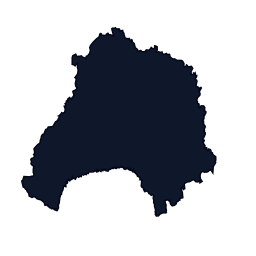 Ihosy, Ihorombe, Madagascar, rotated 12°
{"feature_id": "10022922B7074189327891", "entity_name": "Ihosy", "entity_type": "district", "adm_level": 2, "iso_a3": "MDG", "parent_name": "Madagascar", "parent_adm1": "Ihorombe", "projection": "natural_earth1", "projection_center": [45.83, -22.367], "detail": "fine", "context": "isolated", "style": "filled", "palette": "ink", "viewbox_px": 256, "rotation_deg": 12, "n_neighbors": 0, "source": "geoboundaries", "source_scale": "gbopen_adm2", "svg_char_len": 5792}
<svg xmlns="http://www.w3.org/2000/svg" viewBox="0 0 256 256"><g transform="rotate(12 128 128)"><path d="M161.9,51.7L159.2,50.7L157.6,51.2L156.2,50.7L154.0,49.3L153.6,47.7L153.1,47.3L151.5,48.0L150.0,47.1L148.3,48.3L146.7,48.6L145.5,46.6L144.0,47.3L142.0,47.1L141.3,47.8L140.0,47.9L140.4,45.5L139.6,42.4L137.7,42.0L137.0,42.1L137.4,44.3L136.5,45.3L135.9,45.4L134.0,44.4L132.6,47.5L129.7,47.8L128.6,49.9L125.8,50.5L124.4,49.5L121.5,51.0L121.0,49.2L118.4,48.0L116.5,44.1L114.4,43.0L113.7,41.1L113.1,40.9L112.4,42.3L110.6,40.2L108.7,40.8L106.5,40.5L105.8,40.0L105.7,39.0L104.8,37.9L104.4,36.4L103.1,35.1L102.5,33.7L99.8,34.8L99.3,34.6L99.3,33.3L98.7,32.9L96.2,33.5L94.8,32.6L94.1,33.2L92.0,33.6L91.5,34.4L94.8,41.0L91.3,40.4L90.3,40.9L88.7,39.5L87.5,40.5L87.5,41.3L86.1,42.4L84.9,42.3L83.2,43.0L82.5,41.6L81.8,41.2L80.8,42.1L81.0,43.6L80.6,45.2L78.8,47.2L76.0,51.5L74.2,55.2L73.9,57.4L75.1,59.8L74.9,63.6L74.3,64.0L73.7,65.7L72.3,66.5L72.2,67.3L72.7,68.3L71.9,68.8L70.1,68.2L68.6,68.3L67.9,67.4L67.1,67.2L65.9,68.0L64.8,68.0L63.9,68.7L63.0,68.6L61.5,66.7L59.0,68.7L58.8,70.7L60.2,77.4L62.4,77.5L63.3,78.2L64.1,76.5L65.3,75.2L65.9,79.2L67.1,81.4L67.5,81.5L67.2,81.9L67.5,84.9L67.1,86.6L65.6,89.7L67.2,90.6L67.2,95.2L68.1,97.9L68.9,98.3L69.3,99.2L69.8,99.1L69.7,100.7L67.6,102.7L66.8,103.0L66.5,103.9L68.1,106.7L68.0,108.5L67.0,109.8L66.8,111.3L65.4,111.2L64.6,110.3L63.2,111.9L63.1,112.9L63.8,113.4L63.7,114.3L62.2,114.3L62.2,116.4L61.6,117.2L62.3,117.3L61.9,118.9L62.2,120.0L61.2,120.1L63.1,123.2L62.7,123.6L62.8,125.8L61.0,127.1L59.9,126.8L59.7,127.9L58.7,129.2L58.8,129.8L57.7,130.6L58.3,130.7L58.4,132.4L57.9,133.3L58.4,134.4L57.5,134.8L56.9,136.3L55.9,136.9L54.1,142.3L49.8,143.6L49.2,145.8L47.8,146.6L47.0,151.4L45.7,152.1L45.0,154.2L45.2,155.3L44.8,158.8L45.1,160.0L44.7,161.5L43.2,162.9L40.5,167.5L40.5,168.5L41.1,169.3L41.9,172.1L41.2,173.7L42.2,174.3L42.4,175.4L41.7,176.9L39.9,177.9L39.5,179.0L40.7,181.2L40.5,183.1L42.1,184.4L43.8,185.0L43.9,187.8L44.6,191.3L45.6,192.5L45.6,193.8L44.9,195.1L43.2,195.4L42.2,196.2L36.3,197.1L35.9,201.2L35.1,201.9L37.8,207.6L39.0,207.5L40.6,209.2L41.6,209.4L42.7,211.2L44.4,212.3L45.5,215.1L48.6,215.9L50.1,214.7L51.4,214.7L53.9,216.2L57.8,216.4L61.5,218.3L62.9,220.9L65.6,219.8L65.6,220.9L68.2,222.3L69.1,222.2L69.7,222.8L70.5,222.8L71.5,222.1L73.0,223.2L74.2,223.4L73.4,222.4L74.8,222.2L75.2,222.4L75.4,223.4L75.9,223.4L76.6,220.6L75.9,218.1L76.3,214.8L75.8,213.8L76.1,213.0L75.8,211.5L75.9,207.6L76.7,206.7L76.5,204.0L77.1,202.7L77.2,199.9L76.9,199.0L77.6,198.0L79.0,198.4L79.5,198.2L78.6,195.9L79.8,194.8L79.2,194.5L79.1,193.7L79.7,194.2L80.1,193.9L79.7,192.4L80.4,190.6L81.5,191.9L82.1,191.7L82.3,190.7L83.9,189.9L83.8,187.5L84.4,188.4L87.2,189.0L87.6,187.1L88.1,186.3L88.8,185.9L90.1,186.4L91.0,185.2L92.4,185.2L92.3,183.9L93.0,182.9L94.3,183.3L95.4,182.1L96.8,182.3L97.0,180.9L98.6,180.8L99.3,178.4L100.7,178.8L103.3,178.1L105.3,176.4L106.3,177.4L106.6,177.0L106.2,176.2L106.4,175.4L107.6,177.0L107.9,176.7L107.7,175.7L107.9,175.3L110.6,176.2L110.9,174.8L112.3,175.0L112.2,173.7L113.7,174.1L114.4,172.8L115.2,173.4L115.3,174.4L117.5,174.3L118.2,172.5L119.5,171.9L120.5,170.7L121.3,170.7L121.5,170.1L122.1,170.5L122.6,169.3L123.9,170.1L125.0,169.9L124.8,168.7L125.7,169.0L127.9,168.7L128.6,167.5L129.6,167.9L130.4,167.1L131.0,167.7L132.1,167.7L132.4,168.8L133.4,169.0L134.0,167.8L134.6,168.6L135.2,167.3L135.8,167.1L136.7,168.3L137.8,168.4L138.5,167.0L139.2,167.8L138.6,168.8L141.0,169.1L141.8,167.8L141.9,169.8L142.8,169.6L143.6,170.2L144.5,169.6L145.0,170.9L146.2,171.6L147.3,173.2L149.9,173.8L150.2,175.2L150.9,175.5L150.6,176.1L152.3,176.0L153.0,182.0L153.8,182.9L155.6,183.6L156.1,184.8L156.6,184.8L156.7,185.9L157.8,186.8L158.7,185.7L160.9,186.2L162.1,187.8L163.0,187.8L164.8,189.0L165.9,188.1L167.0,188.4L167.2,191.3L168.3,193.5L168.6,195.7L169.8,197.0L170.1,198.7L172.2,202.9L172.4,203.8L172.1,203.4L171.9,203.9L172.8,206.0L172.6,206.7L174.0,208.2L176.1,207.6L177.1,205.7L178.7,204.4L179.9,203.7L182.7,203.1L183.0,202.5L182.7,202.3L182.7,200.7L181.5,197.8L181.3,195.4L180.4,194.2L179.1,191.4L181.6,190.0L183.3,190.8L184.0,190.1L185.2,193.2L186.7,194.6L187.5,194.9L189.8,193.8L190.1,192.7L190.9,192.2L191.0,189.7L192.2,189.4L192.8,188.0L193.7,187.7L193.3,186.1L196.1,184.8L194.5,179.6L192.4,176.4L193.2,174.7L194.9,176.6L196.1,175.5L194.7,171.4L195.0,170.3L197.1,168.5L199.4,167.7L202.2,165.2L203.7,165.1L205.3,166.4L207.6,166.2L208.7,165.5L208.8,164.7L209.5,165.2L209.8,166.6L211.6,164.9L209.3,162.5L208.5,160.1L208.3,158.4L208.8,156.0L210.2,154.9L212.1,155.4L212.5,155.0L214.1,154.8L215.6,153.8L216.2,152.5L217.8,151.8L220.3,154.2L219.4,148.2L220.8,144.1L220.9,143.3L220.4,142.8L220.5,140.9L219.8,137.9L216.4,136.3L215.7,134.8L214.0,134.1L213.8,132.8L213.0,132.0L211.3,131.8L211.2,132.6L210.2,133.5L209.5,133.1L209.5,132.0L209.0,130.9L208.2,131.2L208.4,131.6L207.4,131.2L207.0,131.4L207.0,129.2L205.5,128.0L204.6,126.5L205.2,124.6L204.8,123.9L203.8,123.9L203.1,123.0L204.1,121.8L204.8,117.8L204.6,116.7L202.9,115.4L203.4,114.8L202.8,113.2L203.3,111.3L203.1,110.2L201.2,108.6L200.4,105.5L199.5,105.1L200.3,103.3L199.9,100.4L200.2,99.8L199.5,99.9L199.0,99.1L200.1,99.0L201.0,97.3L200.9,96.0L200.5,95.6L199.0,95.5L199.2,94.1L198.7,93.2L199.0,92.3L197.5,90.7L194.9,91.1L194.2,93.1L193.8,93.4L193.3,93.0L192.5,89.9L190.5,89.0L190.5,88.0L189.5,86.5L189.6,84.0L191.4,81.1L191.4,79.6L190.2,77.6L191.4,73.6L191.0,73.2L190.5,73.4L190.2,75.4L189.5,75.7L189.4,74.4L188.7,73.7L186.3,72.9L185.7,72.3L185.7,67.8L185.1,66.9L184.0,66.6L183.6,65.9L184.4,63.5L184.3,62.5L183.4,63.0L182.2,60.1L181.6,61.0L180.8,60.7L181.2,62.1L178.7,62.4L177.9,59.7L178.9,56.2L177.2,54.5L174.6,55.6L173.6,55.4L173.0,54.5L172.1,54.2L171.8,55.8L170.9,56.4L169.5,55.5L169.4,53.5L167.5,51.2L166.0,50.8L161.9,51.7Z" fill="#0f172a" stroke="#020617" stroke-width="1.5"/></g></svg>